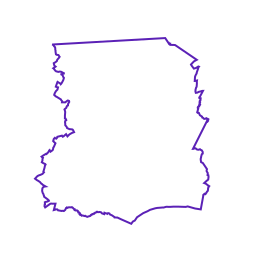 the district of Sabanalarga, Atlántico, Colombia, rotated 282°
{"feature_id": "7082276B39650690530717", "entity_name": "Sabanalarga", "entity_type": "district", "adm_level": 2, "iso_a3": "COL", "parent_name": "Colombia", "parent_adm1": "Atlántico", "projection": "albers", "projection_center": [-74.958, 10.621], "detail": "fine", "context": "isolated", "style": "outline", "palette": "violet", "viewbox_px": 256, "rotation_deg": 282, "n_neighbors": 0, "source": "geoboundaries", "source_scale": "gbopen_adm2", "svg_char_len": 5532}
<svg xmlns="http://www.w3.org/2000/svg" viewBox="0 0 256 256"><g transform="rotate(282 128 128)"><path d="M144.9,49.0L144.5,49.9L143.9,50.6L143.8,51.4L142.0,56.4L141.3,56.9L140.7,57.8L140.5,58.0L140.1,58.1L139.4,58.1L140.0,61.2L142.3,63.2L142.4,63.6L142.2,64.7L141.3,65.1L140.9,65.0L139.6,64.5L139.0,64.4L137.6,64.6L137.3,64.2L136.9,63.8L136.1,63.5L135.2,63.5L134.7,63.3L133.6,62.4L133.0,62.0L132.0,62.6L131.0,63.1L130.3,63.3L127.2,63.7L124.2,64.3L124.2,65.0L122.9,66.0L121.7,65.1L120.5,65.2L119.9,65.5L117.6,66.1L116.6,67.5L116.0,68.0L115.6,68.2L115.3,68.4L115.2,68.8L114.7,71.0L114.9,72.4L115.0,74.0L114.5,74.7L112.7,76.1L111.5,74.2L109.9,72.4L109.2,71.8L107.2,70.5L109.1,68.7L106.5,66.7L105.9,66.0L106.2,65.6L106.8,65.0L104.7,60.7L103.9,60.7L102.7,60.1L102.8,59.3L103.2,58.5L101.9,57.7L101.1,57.6L100.2,57.7L99.7,57.5L98.9,58.6L98.0,60.2L94.1,59.4L93.3,59.0L92.8,59.0L92.0,59.1L90.7,58.9L90.2,58.5L88.7,57.1L89.4,56.4L90.1,55.9L89.7,55.6L88.5,55.3L87.1,54.7L85.6,53.7L85.8,53.3L83.4,50.7L82.4,49.8L82.0,49.4L81.5,50.1L81.2,51.0L79.8,50.8L78.4,51.1L76.6,50.8L76.0,52.4L75.5,54.6L75.1,55.0L74.3,54.7L73.9,54.6L71.5,54.6L67.7,54.3L67.2,55.0L65.3,53.9L63.9,52.0L63.3,50.9L62.3,49.6L61.5,49.0L59.1,47.6L58.1,49.7L57.6,51.3L56.8,53.2L55.6,54.7L55.3,55.6L54.7,56.4L53.7,59.5L53.3,58.4L52.6,57.5L51.8,57.0L51.0,56.8L48.6,57.1L46.7,58.1L45.8,59.0L44.9,59.4L44.5,59.8L43.3,60.3L41.4,64.5L40.7,65.2L40.7,65.6L40.4,65.8L39.7,65.0L39.0,63.9L38.8,63.2L38.1,62.1L36.1,62.7L35.9,62.4L34.1,62.6L33.1,63.5L37.8,67.8L38.1,68.5L38.3,70.1L38.9,72.8L32.3,72.5L32.5,72.9L32.7,73.2L32.9,73.7L33.4,74.0L33.5,75.0L33.7,75.6L33.5,76.1L32.9,76.7L32.9,77.0L33.0,77.6L33.0,79.2L33.1,79.7L33.0,80.1L33.5,81.6L33.5,81.9L33.4,82.4L33.5,82.6L34.1,83.0L34.8,83.6L35.1,83.7L36.8,84.0L37.1,84.4L37.1,84.8L37.6,84.9L37.4,85.5L38.2,86.7L38.3,87.7L38.5,88.6L38.5,89.0L38.9,89.5L38.8,90.1L38.4,90.6L38.2,91.1L37.8,91.5L37.5,92.0L37.5,92.7L37.1,92.8L36.9,93.1L36.6,93.0L36.4,93.7L36.6,94.3L36.6,95.0L36.8,95.2L36.4,96.2L36.1,96.2L34.9,97.1L34.9,97.4L35.2,97.3L35.3,97.5L34.9,97.8L34.9,98.3L34.5,98.8L34.2,98.9L33.7,98.7L33.6,99.2L33.4,99.2L33.0,99.4L33.3,100.2L32.7,100.8L33.0,101.1L32.9,101.8L33.0,102.6L32.8,103.6L33.2,104.3L33.0,104.6L32.9,105.4L32.6,106.6L33.2,107.5L34.1,109.3L35.6,110.4L36.0,111.1L36.3,111.0L36.3,110.9L36.4,111.0L37.1,112.8L37.5,113.0L37.6,112.7L37.7,112.8L37.9,113.1L38.3,113.4L38.5,114.0L39.0,114.6L39.5,114.7L39.7,115.2L39.4,115.9L39.6,116.9L40.0,117.8L39.9,119.3L39.1,120.2L38.8,122.6L40.2,122.6L39.9,124.0L40.0,124.3L39.9,125.2L39.7,125.6L40.6,126.2L40.5,127.6L39.6,128.5L39.3,130.3L38.2,133.0L37.7,133.4L37.9,134.0L37.9,134.7L38.2,136.3L37.3,140.1L35.0,151.1L37.5,152.2L38.9,153.9L42.6,155.4L47.9,160.6L50.8,164.6L52.5,166.5L55.1,171.3L55.9,173.2L57.5,178.6L57.6,179.3L58.9,181.8L59.5,185.2L60.5,188.8L61.5,193.5L62.8,200.8L63.7,202.7L63.2,210.3L63.5,216.1L77.5,215.7L78.0,215.5L78.5,215.9L79.2,216.2L79.8,217.0L79.4,217.4L79.5,217.5L80.0,217.2L80.3,217.7L80.6,218.0L81.3,218.3L82.0,218.4L83.1,219.1L84.5,219.1L85.3,218.9L86.2,219.0L86.6,218.9L86.9,219.1L87.1,219.0L88.0,219.5L88.6,218.0L89.8,215.5L90.0,214.0L93.0,216.1L93.4,216.7L94.6,217.2L95.9,217.0L96.8,217.0L98.5,216.4L98.5,215.6L100.5,215.4L102.1,213.9L103.0,213.7L104.2,213.8L109.3,208.5L109.8,206.6L112.1,205.7L113.2,205.5L114.2,205.6L115.2,205.5L116.4,205.6L117.4,205.6L118.1,205.9L118.5,206.4L119.9,206.1L120.2,206.0L121.5,204.8L121.8,203.4L122.2,202.8L121.5,201.7L121.3,201.1L121.4,199.6L122.1,198.5L122.2,197.9L121.9,197.3L121.2,196.3L121.1,195.9L151.6,203.9L151.5,204.2L151.2,204.1L151.1,204.4L151.0,204.5L151.4,204.7L151.5,204.4L152.6,204.5L153.1,204.7L153.2,204.4L153.4,204.5L153.5,204.2L153.5,203.6L153.1,203.5L153.7,203.1L153.9,202.6L153.7,202.3L153.4,202.1L152.9,201.2L152.8,200.8L152.9,200.1L153.5,199.5L153.7,198.4L154.5,198.1L155.5,195.6L157.5,194.2L157.6,193.6L157.3,193.1L157.5,192.7L157.8,192.4L158.0,192.5L158.7,192.5L159.6,192.6L160.0,192.5L160.4,192.6L161.2,192.6L161.5,192.7L162.2,192.0L162.9,192.0L163.2,192.1L163.4,192.3L163.7,192.9L164.1,192.7L164.5,193.1L164.9,192.8L165.2,192.8L165.4,193.5L165.8,193.7L166.0,193.5L166.4,193.3L167.2,192.7L167.3,192.7L167.4,193.0L167.7,193.2L168.2,193.2L168.6,192.7L169.0,192.5L169.5,192.6L169.9,193.0L170.3,192.9L170.6,193.1L171.0,193.0L171.6,192.9L171.7,192.7L171.9,192.9L172.1,192.9L172.0,191.7L172.3,191.4L173.1,191.5L173.5,191.8L179.9,193.6L179.7,192.8L178.6,190.9L178.2,189.9L177.0,188.4L176.5,187.0L177.7,186.4L179.5,186.1L181.6,186.2L182.4,186.5L183.1,186.5L186.0,186.1L187.5,185.7L188.8,185.6L188.1,184.2L187.9,183.5L192.1,182.9L193.3,183.1L194.6,183.4L195.5,183.8L196.5,183.7L200.5,184.2L201.8,184.2L202.1,184.3L202.7,184.6L202.8,184.0L200.9,182.1L199.8,180.1L202.3,177.2L203.2,176.4L206.8,178.6L207.9,179.8L209.0,181.1L218.9,156.9L218.8,155.8L218.1,152.0L218.5,151.1L219.3,151.4L219.3,150.7L219.8,150.2L219.6,149.9L223.7,145.7L193.9,36.5L193.6,37.9L192.6,38.7L191.8,39.9L190.4,40.4L189.4,40.6L188.5,41.1L187.7,41.2L185.1,42.2L184.8,42.8L184.9,44.8L184.3,45.4L183.7,45.9L183.4,46.3L182.0,45.7L180.1,44.6L178.7,44.5L177.2,43.3L176.0,41.9L175.6,42.0L173.7,43.0L173.0,44.4L170.9,42.5L170.5,43.4L170.1,43.6L169.4,44.5L169.0,44.9L168.5,45.9L168.4,48.2L169.0,49.5L169.1,50.8L168.7,52.4L168.4,53.1L168.1,54.7L167.9,53.7L166.7,51.6L166.4,51.8L166.3,52.6L166.0,53.1L164.5,54.0L163.7,54.9L161.3,54.7L158.5,53.9L157.1,53.3L156.8,53.1L157.5,52.5L157.9,51.0L158.5,49.5L158.2,49.4L153.4,48.8L153.2,49.9L153.2,51.1L150.9,51.0L149.0,49.8L146.7,49.1L145.2,48.9L144.9,49.0Z" fill="none" stroke="#5b21b6" stroke-width="2"/></g></svg>